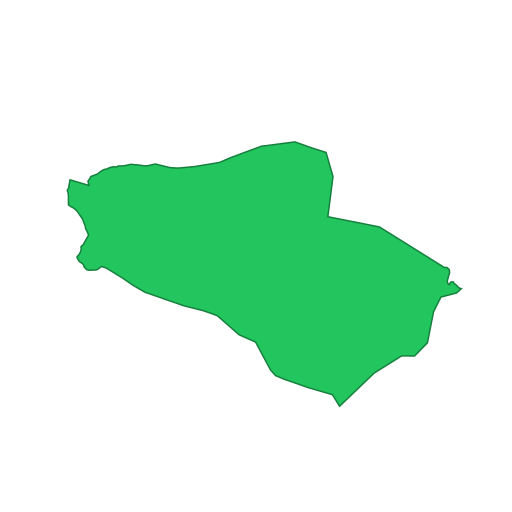 Cagaanchuluut, Dzavhan, Mongolia (Robinson projection), rotated 229°
{"feature_id": "93677404B73387413800607", "entity_name": "Cagaanchuluut", "entity_type": "district", "adm_level": 2, "iso_a3": "MNG", "parent_name": "Mongolia", "parent_adm1": "Dzavhan", "projection": "robinson", "projection_center": [96.827, 47.128], "detail": "fine", "context": "isolated", "style": "filled", "palette": "green", "viewbox_px": 512, "rotation_deg": 229, "n_neighbors": 0, "source": "geoboundaries", "source_scale": "gbopen_adm2", "svg_char_len": 3588}
<svg xmlns="http://www.w3.org/2000/svg" viewBox="0 0 512 512"><g transform="rotate(229 256 256)"><path d="M435.5,165.6L430.1,158.9L429.5,156.7L426.7,155.5L423.5,153.1L417.7,148.0L414.9,148.6L413.2,149.3L411.2,150.0L407.2,150.4L397.6,149.3L392.5,147.4L390.5,146.7L388.3,145.3L386.1,144.9L381.6,143.3L377.9,132.9L378.0,131.3L377.7,129.8L375.8,128.6L374.5,126.7L373.3,124.0L373.0,121.7L373.0,120.9L372.9,120.5L372.7,120.3L372.3,120.0L371.7,119.8L371.0,119.6L369.7,119.3L367.9,119.1L367.2,119.1L365.4,119.7L363.9,120.0L363.0,120.0L362.5,120.0L362.2,120.0L361.8,119.8L361.2,119.5L361.2,119.4L360.8,119.2L360.5,119.2L360.1,119.1L359.4,119.1L358.5,119.2L357.9,119.2L357.2,119.3L356.5,119.4L355.7,119.9L355.1,120.4L355.0,120.5L354.0,121.6L353.8,121.8L353.6,122.1L352.8,123.2L352.5,123.6L351.3,125.0L351.0,125.5L350.7,125.8L350.5,126.0L350.1,126.8L349.8,127.8L349.7,128.6L349.6,129.5L349.6,130.1L349.7,131.5L349.6,131.9L349.6,132.1L349.5,132.3L349.2,132.6L348.9,132.8L347.9,133.4L346.7,134.2L345.6,134.8L343.2,135.7L336.9,137.7L336.4,137.8L335.0,138.3L334.9,138.3L327.4,140.7L315.1,143.8L313.4,144.4L312.8,144.6L312.0,144.9L311.4,145.0L309.7,145.6L309.2,145.8L307.0,146.5L306.3,146.8L301.8,148.3L300.5,149.0L300.0,149.3L297.5,150.7L297.1,151.0L292.1,153.8L291.6,154.1L290.4,154.8L290.0,155.0L278.6,161.5L278.3,161.7L265.7,168.9L248.9,180.6L236.4,187.6L207.5,191.6L191.3,199.2L160.5,192.2L152.9,192.3L144.7,196.3L123.0,208.7L101.1,222.7L87.8,220.5L90.1,268.6L85.6,296.9L85.1,300.3L76.5,310.1L78.0,328.4L97.4,353.4L103.7,368.6L96.5,383.1L96.6,388.1L96.6,388.3L96.6,388.5L96.7,389.5L98.3,388.5L98.9,388.3L99.6,388.2L100.1,388.1L101.0,388.2L101.9,388.1L103.2,388.0L104.5,387.7L105.0,387.5L105.4,387.5L105.8,387.5L106.3,387.8L106.7,387.9L107.1,387.8L107.6,387.3L107.8,387.1L108.0,386.8L108.2,386.4L108.4,386.1L108.5,385.6L108.4,385.1L108.4,384.8L108.0,384.3L107.8,384.1L107.7,383.9L107.5,383.6L107.7,383.1L107.9,382.9L108.2,382.8L108.5,382.8L108.8,382.8L109.4,382.9L109.9,383.0L110.5,383.3L111.2,383.6L111.6,384.0L112.3,384.8L113.3,386.5L114.5,388.2L115.1,389.1L115.6,389.9L116.1,390.8L116.2,391.0L116.5,391.3L116.8,391.5L117.5,392.0L118.0,392.3L118.3,392.5L118.8,392.9L119.4,392.9L120.0,392.8L120.4,392.7L120.8,392.7L121.3,392.7L121.8,392.6L122.0,392.4L122.3,392.3L122.4,392.2L122.5,392.1L123.1,391.5L123.5,390.7L197.0,368.2L238.5,336.0L265.4,366.2L288.2,376.8L302.2,368.3L316.6,360.2L335.1,332.4L335.3,332.2L336.0,330.1L338.9,322.6L339.0,322.3L346.7,301.9L350.6,289.7L363.6,268.6L372.5,256.2L374.3,254.0L377.4,250.8L379.5,248.8L380.7,248.0L382.1,247.0L384.2,245.5L387.1,243.4L390.8,240.9L391.4,240.4L391.7,239.9L392.3,239.1L392.9,237.8L393.9,235.9L394.5,234.6L395.5,233.1L396.5,231.8L397.6,230.6L399.8,228.8L403.0,225.9L405.0,223.8L406.3,222.7L407.4,221.5L408.2,220.1L408.8,219.0L409.3,218.1L409.5,217.6L410.2,216.4L410.9,215.2L411.6,214.4L412.1,213.6L412.3,213.4L413.1,212.6L413.8,211.7L414.3,210.9L414.5,210.4L414.6,209.9L414.6,209.3L414.9,208.9L415.6,208.1L416.3,207.5L417.0,206.8L417.5,206.1L417.7,205.8L417.8,205.4L418.0,205.0L418.4,204.0L418.8,203.2L419.1,202.3L419.5,200.9L419.8,200.1L420.1,199.4L420.5,198.8L420.9,198.2L421.1,197.6L421.2,197.0L421.4,196.2L421.6,195.3L421.7,194.6L421.7,194.1L421.8,193.9L421.8,193.3L421.8,192.5L421.8,191.6L421.8,190.9L422.0,190.2L422.1,189.5L422.8,187.8L423.2,186.7L423.5,185.7L423.9,184.9L424.2,183.9L424.3,183.5L424.2,183.0L423.9,182.5L423.6,181.8L423.4,181.3L423.3,180.5L422.9,179.0L422.7,178.3L422.5,178.1L422.1,177.9L421.5,177.7L420.5,177.0L419.7,176.6L418.9,176.2L435.2,165.8L435.5,165.6Z" fill="#22c55e" stroke="#15803d" stroke-width="1.5"/></g></svg>